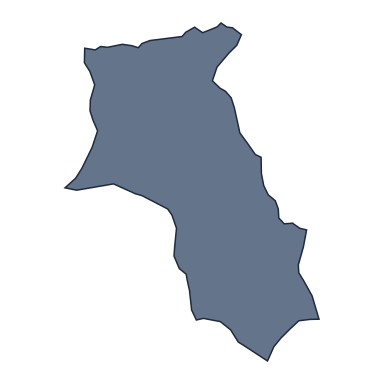 Dababa, Hadjer-Lamis, Chad
{"feature_id": "50815135B80092252042653", "entity_name": "Dababa", "entity_type": "district", "adm_level": 2, "iso_a3": "TCD", "parent_name": "Chad", "parent_adm1": "Hadjer-Lamis", "projection": "equal_earth", "projection_center": [16.914, 12.314], "detail": "fine", "context": "isolated", "style": "filled", "palette": "slate", "viewbox_px": 384, "rotation_deg": 0, "n_neighbors": 0, "source": "geoboundaries", "source_scale": "gbopen_adm2", "svg_char_len": 1133}
<svg xmlns="http://www.w3.org/2000/svg" viewBox="0 0 384 384"><path d="M241.4,34.7L232.5,27.8L226.8,27.0L221.0,23.0L217.0,27.0L202.6,32.7L194.6,27.2L185.8,32.2L182.1,36.5L150.1,40.5L142.0,43.5L138.3,47.7L131.9,45.7L122.4,44.3L107.5,47.3L100.6,46.5L95.3,49.9L84.7,48.2L84.4,62.7L89.9,71.5L94.7,84.9L90.3,100.3L90.0,110.8L93.0,120.2L97.6,130.8L92.2,147.2L81.9,168.3L75.6,178.3L65.0,187.8L76.6,190.2L113.5,183.9L135.5,193.8L141.9,195.6L167.7,209.0L172.0,215.2L176.5,228.3L174.7,246.3L174.0,256.0L179.3,268.6L186.2,274.2L187.2,280.2L189.5,290.5L191.6,309.9L196.3,320.0L203.5,318.4L220.3,321.6L230.6,329.8L238.3,342.1L242.9,344.9L253.3,351.7L267.5,361.0L273.8,346.8L280.9,338.1L290.2,328.8L298.8,320.8L309.9,319.4L319.0,319.2L312.1,295.9L303.7,280.8L298.8,272.8L298.3,265.0L303.4,246.9L306.6,229.9L299.8,228.3L292.6,223.3L292.6,223.2L284.2,223.8L278.8,218.0L278.3,209.0L275.3,200.8L268.2,194.8L263.7,185.5L261.4,173.5L261.1,157.3L255.3,154.5L247.4,143.2L239.8,132.8L238.5,126.6L234.3,107.6L231.2,97.9L225.5,91.3L219.9,88.1L212.4,80.8L217.0,67.1L228.9,53.1L236.8,45.3L241.4,34.7Z" fill="#64748b" stroke="#1e293b" stroke-width="1.5"/></svg>